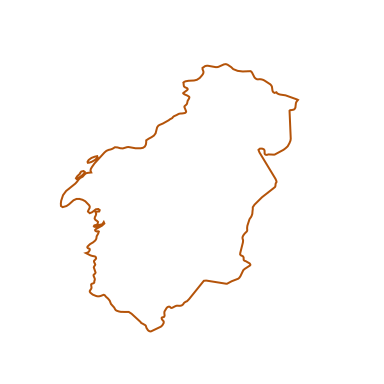 map outline of Monagas (Equal Earth projection), rotated 244°
{"feature_id": "VEN-46", "entity_name": "Monagas", "entity_type": "State", "adm_level": 1, "iso_a3": "VEN", "parent_name": "Venezuela", "parent_adm1": "", "projection": "equal_earth", "projection_center": [-62.996, 9.35], "detail": "fine", "context": "isolated", "style": "outline", "palette": "amber", "viewbox_px": 384, "rotation_deg": 244, "n_neighbors": 0, "source": "natural_earth", "source_scale": "10m", "svg_char_len": 5732}
<svg xmlns="http://www.w3.org/2000/svg" viewBox="0 0 384 384"><g transform="rotate(244 192 192)"><path d="M194.0,86.9L194.4,87.5L195.8,89.5L197.3,90.9L197.9,90.4L198.3,89.0L199.3,88.2L200.3,88.2L200.8,89.4L201.2,96.4L202.1,99.4L203.7,99.5L202.4,97.4L202.7,95.7L203.1,94.1L202.5,92.3L202.5,91.4L202.9,90.1L203.5,89.0L204.3,88.8L204.8,89.7L204.3,92.0L204.7,93.2L206.3,94.4L207.7,93.9L209.2,93.0L210.7,92.8L212.0,93.7L213.0,95.1L214.3,96.3L216.5,96.5L215.2,100.1L216.2,101.1L217.8,100.3L218.6,98.0L217.6,93.3L217.8,90.8L220.0,89.9L220.7,90.5L222.6,93.0L223.7,93.7L225.0,93.8L230.5,92.0L233.0,90.2L235.2,87.7L236.4,85.1L236.5,81.9L234.8,75.9L234.4,73.0L235.1,69.1L236.9,68.1L239.2,69.1L241.5,70.6L245.7,74.7L248.1,79.3L250.7,90.8L251.7,93.3L252.8,95.4L253.6,97.6L253.7,100.4L254.9,103.3L255.3,105.1L254.8,107.0L253.7,110.0L255.6,110.1L257.1,111.2L258.3,113.0L260.4,116.8L265.9,130.7L266.5,133.1L266.4,135.5L265.9,137.6L265.7,139.7L265.8,140.1L266.0,142.4L264.7,144.6L262.8,146.7L261.5,148.9L260.8,153.2L260.3,154.6L256.0,160.5L253.8,165.1L253.2,167.3L253.5,169.5L254.8,171.3L256.7,172.6L258.5,173.5L258.9,176.6L259.0,179.6L259.4,182.5L260.7,185.0L265.4,189.0L266.4,190.9L266.5,192.4L266.3,195.8L266.7,202.6L267.0,203.9L267.1,206.6L267.4,207.2L267.7,207.8L267.9,208.5L268.0,209.2L267.9,211.9L268.0,213.5L268.0,214.5L267.7,215.7L266.9,217.6L266.4,219.2L266.1,220.3L266.3,221.4L266.7,221.9L267.3,222.1L271.6,222.4L272.1,222.6L272.4,223.0L272.6,223.7L273.0,225.1L273.2,225.7L273.6,226.2L274.0,226.6L275.4,227.7L275.9,228.1L276.2,228.6L277.2,230.2L277.6,230.6L278.0,231.0L278.4,231.1L278.8,231.2L279.7,230.7L280.8,230.0L283.0,228.1L284.0,227.5L284.7,227.4L284.9,228.0L285.6,231.8L285.8,232.5L286.0,233.0L286.4,233.2L286.8,233.3L287.3,233.2L287.7,232.9L289.2,231.6L290.1,231.2L290.6,231.1L292.3,231.6L292.8,231.9L294.1,232.2L294.4,233.4L294.3,234.8L293.5,237.6L291.3,242.8L290.7,245.6L291.1,248.9L292.4,252.0L293.2,253.5L294.1,254.5L295.3,255.1L297.8,255.3L299.0,255.9L299.1,257.2L299.3,258.1L299.4,259.0L299.1,260.3L298.6,261.5L293.8,268.1L293.2,269.4L292.9,270.6L292.7,276.6L292.1,278.5L290.8,279.8L287.0,282.0L284.4,282.9L280.9,286.1L280.5,286.7L278.1,290.4L276.0,295.2L274.9,297.7L273.3,298.3L267.5,298.4L266.2,298.9L265.5,299.3L264.9,299.8L264.4,300.5L264.2,301.0L264.0,301.6L263.7,302.4L262.7,303.9L261.6,305.1L260.4,306.0L254.4,309.6L252.9,310.0L251.6,310.0L247.6,308.7L246.1,308.8L244.9,309.6L244.6,311.6L243.3,311.8L242.0,312.8L240.9,314.0L237.9,318.4L237.5,318.8L229.1,327.0L228.3,327.6L227.4,325.6L226.4,324.4L222.5,321.9L221.9,321.0L221.5,320.2L221.5,319.3L221.7,318.5L222.1,317.1L222.4,316.5L222.5,315.9L222.3,315.3L196.6,304.1L195.0,303.0L193.2,301.0L191.1,298.0L190.3,295.3L189.8,292.7L189.4,282.8L189.6,282.1L192.0,277.7L192.3,277.1L192.4,276.3L192.6,275.5L192.9,274.9L193.3,274.5L193.8,274.2L194.3,274.1L194.9,274.2L197.0,275.2L197.6,275.4L198.2,275.4L198.8,275.3L199.2,275.0L199.7,274.6L200.1,274.2L200.7,273.2L201.2,271.9L200.7,270.2L197.9,270.0L167.2,272.8L165.2,272.7L164.0,272.4L163.6,271.9L163.2,271.2L162.5,270.6L161.3,269.9L160.6,269.4L160.2,268.9L160.0,268.5L159.9,268.0L156.6,252.6L153.2,242.6L151.7,240.0L151.2,239.7L150.1,239.2L149.6,238.9L148.6,238.2L145.9,236.6L144.4,235.1L143.5,233.9L142.7,232.3L142.1,231.5L137.3,226.9L135.4,225.7L133.9,225.1L133.0,224.6L132.5,223.9L131.5,221.0L130.5,219.1L129.8,218.2L129.2,217.6L128.7,217.3L128.1,217.1L127.5,216.9L126.8,216.9L125.9,216.6L124.3,215.6L116.0,208.6L114.8,207.9L114.2,208.0L113.6,208.2L112.3,209.3L111.8,209.6L111.1,209.7L110.3,209.6L109.1,209.0L108.3,208.7L107.7,208.8L107.2,209.1L106.8,209.4L106.4,209.9L103.0,212.2L102.5,212.5L101.9,212.6L101.1,212.6L100.7,212.3L100.5,211.7L99.8,205.8L99.3,203.9L95.1,198.6L94.2,197.0L93.8,195.6L94.4,188.5L94.2,183.3L94.5,182.6L106.0,166.2L106.3,165.6L106.5,165.1L107.0,163.7L97.0,142.4L96.0,139.6L96.1,138.6L96.0,137.1L95.7,136.0L95.0,134.9L94.7,134.0L94.6,133.1L94.7,132.3L94.9,131.6L95.1,131.0L96.4,128.7L96.6,127.9L96.7,126.8L96.6,123.9L96.7,122.9L97.0,122.4L97.5,122.1L98.1,121.9L98.7,121.6L99.1,121.0L99.3,119.7L99.1,118.9L98.8,118.2L96.8,115.1L96.4,114.7L95.4,114.1L93.5,113.4L92.8,113.1L92.1,112.3L92.0,111.7L92.2,111.0L92.4,110.2L92.3,109.7L91.9,109.4L91.3,109.2L90.5,109.2L88.2,109.8L87.5,109.6L86.6,109.0L85.4,107.3L84.9,106.1L84.6,105.0L84.7,94.2L84.9,93.5L85.3,93.0L85.7,92.6L86.1,92.3L86.7,92.0L87.2,91.8L89.8,91.5L90.4,91.6L91.7,91.8L92.3,91.8L92.8,91.6L95.6,89.7L96.4,89.0L97.9,88.7L109.1,84.3L111.9,82.6L115.4,75.6L116.7,73.9L118.3,72.3L119.2,71.7L120.1,71.5L122.3,71.4L126.9,70.1L130.4,70.4L133.0,69.8L135.7,68.7L137.5,68.3L138.3,67.6L138.4,66.9L138.6,64.3L138.8,63.5L139.0,62.7L139.6,61.5L139.9,61.0L140.8,60.0L143.3,57.8L145.8,56.6L147.1,56.4L147.8,56.7L148.2,57.2L149.1,58.8L149.5,59.3L150.0,59.7L150.5,59.9L152.9,60.7L153.3,61.2L153.4,61.8L153.3,62.5L153.2,63.2L153.2,63.8L153.4,64.3L153.8,64.7L154.3,64.9L154.8,65.2L155.2,65.7L155.8,66.2L156.7,66.6L159.8,66.8L160.5,67.1L160.8,67.7L161.2,69.1L161.5,69.6L161.9,70.0L167.3,70.7L167.7,71.1L168.1,71.6L168.7,72.7L169.1,73.2L169.9,73.3L171.7,73.3L172.4,73.4L172.9,73.7L173.2,74.0L173.4,74.8L174.2,76.6L175.4,77.0L176.1,76.8L176.6,76.5L177.4,75.5L178.1,74.5L179.5,73.0L183.6,69.9L183.3,71.6L183.4,72.2L183.6,73.1L184.0,73.8L184.7,74.7L185.4,75.0L185.9,75.0L186.8,74.1L187.4,73.7L188.3,73.7L188.8,74.3L189.1,75.2L189.8,77.3L189.9,78.2L190.1,81.0L190.8,83.7L191.3,84.6L191.8,85.3L192.2,85.7L193.7,86.7L194.0,86.9ZM265.2,111.7L266.1,113.2L266.7,116.6L266.4,119.9L265.8,122.5L264.4,122.3L263.3,118.5L263.1,115.0L263.4,112.7L263.9,111.2L264.8,111.3L265.2,111.7ZM257.7,99.7L258.3,100.0L258.9,101.5L258.4,103.7L257.1,104.4L255.9,103.0L255.1,100.5L254.3,95.9L254.2,94.0L255.2,93.7L256.4,95.6L257.7,99.7Z" fill="none" stroke="#b45309" stroke-width="2"/></g></svg>